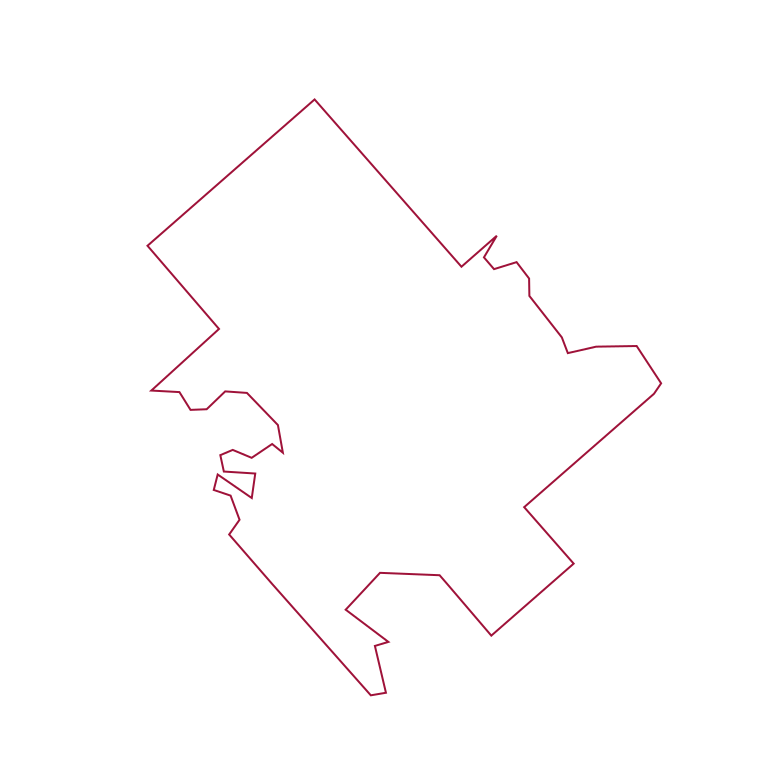 Humphreys, Mississippi, United States of America (orthographic projection), rotated 139°
{"feature_id": "52423323B56025650408789", "entity_name": "Humphreys", "entity_type": "district", "adm_level": 2, "iso_a3": "USA", "parent_name": "United States of America", "parent_adm1": "Mississippi", "projection": "orthographic", "projection_center": [-90.489, 33.126], "detail": "fine", "context": "isolated", "style": "outline", "palette": "rose", "viewbox_px": 768, "rotation_deg": 139, "n_neighbors": 0, "source": "geoboundaries", "source_scale": "gbopen_adm2", "svg_char_len": 754}
<svg xmlns="http://www.w3.org/2000/svg" viewBox="0 0 768 768"><g transform="rotate(139 384 384)"><path d="M186.6,199.5L174.4,202.7L168.4,246.9L199.4,273.0L225.0,286.7L219.2,302.5L216.5,355.1L205.3,368.4L204.0,389.0L225.6,398.5L225.5,414.0L201.6,421.9L248.6,421.7L249.7,644.3L471.8,643.5L472.4,533.8L563.9,531.7L543.7,512.1L547.0,491.4L534.4,481.3L508.7,482.6L493.3,467.2L491.0,422.6L505.4,398.5L507.8,412.1L532.3,415.1L541.4,433.5L554.2,437.7L562.3,423.0L539.9,400.9L558.6,384.7L568.9,424.8L582.0,415.7L573.0,400.4L582.1,376.3L599.6,372.0L599.6,306.3L598.2,157.7L585.1,149.7L562.7,192.3L549.9,186.5L561.0,238.8L510.9,244.1L467.5,203.2L467.5,191.8L468.1,123.7L358.7,124.0L359.0,199.1L186.6,199.5Z" fill="none" stroke="#9f1239" stroke-width="2"/></g></svg>